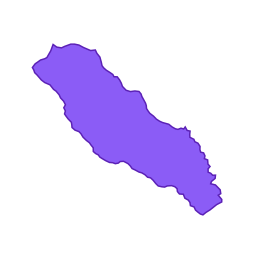 the district of Ourizona, Paraná, Brazil, rotated 278°
{"feature_id": "56859067B49568811571304", "entity_name": "Ourizona", "entity_type": "district", "adm_level": 2, "iso_a3": "BRA", "parent_name": "Brazil", "parent_adm1": "Paraná", "projection": "albers", "projection_center": [-52.237, -23.461], "detail": "fine", "context": "isolated", "style": "filled", "palette": "violet", "viewbox_px": 256, "rotation_deg": 278, "n_neighbors": 0, "source": "geoboundaries", "source_scale": "gbopen_adm2", "svg_char_len": 1954}
<svg xmlns="http://www.w3.org/2000/svg" viewBox="0 0 256 256"><g transform="rotate(278 128 128)"><path d="M137.0,184.5L134.8,183.3L135.2,180.5L133.6,177.7L133.8,175.1L135.1,171.7L137.4,167.8L138.2,161.5L139.1,158.4L140.7,154.9L143.3,151.6L145.6,147.5L147.9,145.3L149.9,143.6L152.7,143.0L155.0,141.9L158.0,139.7L161.2,137.3L163.5,136.2L165.7,133.8L165.6,129.6L164.4,125.4L165.1,120.9L168.4,116.7L171.5,115.1L174.4,113.0L177.2,110.2L176.8,107.0L178.9,105.5L180.6,102.1L182.2,98.5L184.2,95.5L186.1,93.6L189.4,92.4L194.3,90.3L197.6,86.8L200.7,84.8L199.5,80.2L201.5,72.8L203.3,67.9L203.6,63.5L203.1,59.7L201.6,56.9L200.0,53.9L198.1,51.0L198.2,46.2L200.3,42.2L193.8,40.8L186.5,37.9L185.0,35.9L183.2,32.0L178.6,27.1L174.6,24.9L172.4,26.6L169.8,27.9L167.9,30.5L165.7,33.0L163.5,35.5L161.4,39.2L159.9,44.7L155.9,48.9L154.5,51.6L151.3,55.2L148.4,57.0L145.6,60.5L142.3,62.8L139.1,61.6L136.2,63.6L133.1,63.2L131.2,64.9L128.6,67.5L125.8,71.1L123.3,71.9L120.7,72.5L118.5,75.8L117.6,79.9L115.9,82.1L112.7,84.7L109.9,88.5L108.0,91.9L105.8,93.9L103.6,96.3L99.9,96.9L98.2,99.5L97.2,102.4L95.3,104.1L94.1,106.7L92.5,110.6L91.3,114.5L91.5,117.7L90.9,120.4L91.9,123.3L93.7,124.9L94.4,128.3L92.7,133.0L90.8,135.5L88.4,137.7L87.5,140.7L85.9,145.0L85.5,147.9L84.1,151.3L82.0,154.2L81.8,157.2L79.8,160.1L76.8,163.3L74.8,166.0L74.5,169.6L74.6,172.5L76.1,175.0L77.0,179.2L76.4,182.5L74.8,185.0L71.9,185.8L69.8,188.1L70.1,192.0L66.4,194.1L65.0,197.7L62.9,199.7L59.8,200.6L59.0,204.4L56.1,206.3L54.5,208.8L52.9,211.6L52.4,214.3L55.3,217.0L58.3,220.6L64.5,226.5L67.8,231.1L70.3,230.8L74.0,226.7L75.9,229.0L79.6,227.9L83.8,222.5L84.3,217.6L86.7,218.1L90.2,221.3L93.5,221.2L93.0,218.4L94.7,216.2L95.4,213.5L98.7,213.0L101.3,214.6L103.4,212.2L107.5,211.3L108.3,207.9L111.1,208.1L113.9,206.3L114.2,203.3L116.7,202.2L119.8,201.9L122.7,199.4L123.7,196.1L126.0,194.8L127.4,190.6L130.2,190.0L133.6,189.9L133.8,186.9L137.0,184.5Z" fill="#8b5cf6" stroke="#5b21b6" stroke-width="1.5"/></g></svg>